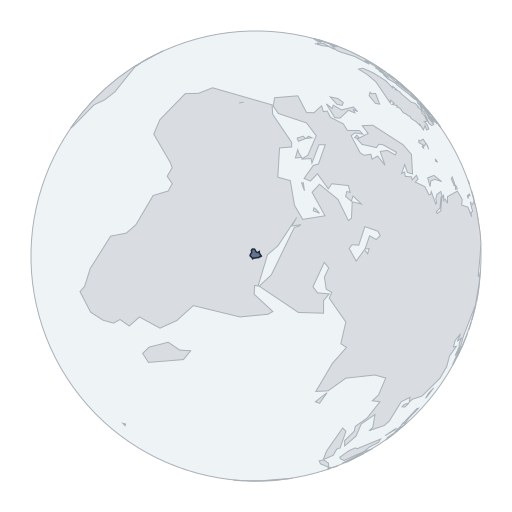 the Earth from above Kassala, rotated 60°
{"feature_id": "SDN-884", "entity_name": "Kassala", "entity_type": "State", "adm_level": 1, "iso_a3": "SDN", "parent_name": "Sudan", "parent_adm1": "", "projection": "orthographic", "projection_center": [36.251, 15.89], "detail": "fine", "context": "on_globe", "style": "filled", "palette": "slate", "viewbox_px": 512, "rotation_deg": 60, "n_neighbors": 0, "source": "natural_earth", "source_scale": "10m", "svg_char_len": 10155}
<svg xmlns="http://www.w3.org/2000/svg" viewBox="0 0 512 512"><g transform="rotate(60 256 256)"><circle cx="256" cy="256" r="225" fill="#eef3f6" stroke="#a8b0b8"/><path d="M197.4,38.5L196.7,38.7L191.8,40.1L194.8,39.3L199.6,38.0L202.6,37.4L202.1,37.8L195.7,39.3L195.0,39.4L192.8,40.1L189.8,40.9L191.0,40.7L183.3,43.0L190.1,41.4L183.3,43.8L178.4,45.3L180.0,44.2L176.7,45.1L197.4,38.5ZM140.1,62.8L141.5,62.1L150.0,57.3L152.3,56.2L160.7,52.3L158.1,54.1L151.1,58.2L144.1,61.8L140.8,64.0L146.5,62.0L132.4,70.9L121.4,81.1L117.8,83.6L112.8,85.1L115.4,80.8L108.9,85.4L111.8,84.0L102.9,91.6L100.9,93.8L100.6,94.6L103.5,92.6L100.2,95.8L96.1,97.7L99.0,94.8L100.3,94.0L101.4,92.3L99.4,94.0L112.2,82.6L125.8,72.2L140.1,62.8ZM31.8,233.9L31.5,242.7L31.3,253.5L31.0,258.4L31.6,262.4L31.7,266.2L37.5,281.5L43.3,296.1L45.1,309.3L44.1,320.6L52.2,349.6L52.5,352.6L45.6,336.5L40.0,320.1L35.7,303.2L32.7,286.0L31.1,268.7L30.8,251.3L31.8,233.9ZM161.5,51.7L161.1,52.0L159.7,52.5L161.5,51.7ZM165.5,49.9L164.3,50.3L166.0,49.5L166.7,49.3L165.5,49.9ZM166.6,49.6L169.2,48.1L172.3,46.9L177.6,45.0L166.6,49.6ZM201.4,37.5L196.2,38.9L201.0,37.6L201.4,37.5ZM225.9,32.7L225.1,32.9L219.3,33.8L214.8,34.5L217.6,34.2L203.7,36.9L206.3,36.3L225.9,32.7ZM298.2,34.7L296.3,34.3L298.2,34.7ZM204.1,37.1L205.6,36.6L212.1,35.3L210.4,36.1L208.8,36.2L204.1,37.1ZM234.5,31.7L234.5,31.8L236.3,31.6L225.7,32.8L227.3,32.6L234.5,31.7ZM207.1,36.7L209.3,36.6L205.8,37.6L203.1,37.5L207.1,36.7ZM214.6,34.7L217.6,34.2L215.3,34.7L214.6,34.7ZM194.5,42.0L196.1,41.0L199.7,40.2L194.5,42.0ZM210.4,36.5L211.6,36.2L213.2,35.8L213.9,36.0L210.4,36.5ZM226.4,32.9L225.5,33.2L230.8,32.4L231.0,32.6L223.8,33.5L227.0,33.3L221.2,34.1L226.4,32.9ZM219.4,35.4L210.4,37.2L206.6,39.0L203.4,39.7L210.0,36.8L219.4,35.4ZM221.0,34.5L219.2,35.1L216.1,35.5L215.3,35.2L221.0,34.5ZM233.7,32.6L235.2,31.9L236.7,31.8L233.7,32.6ZM218.9,35.8L221.1,35.4L219.0,35.9L218.9,35.8ZM229.9,33.4L230.2,33.1L231.9,33.0L229.9,33.4ZM225.2,35.0L222.3,35.5L221.6,35.2L225.2,35.0ZM227.8,34.2L230.1,34.1L223.2,34.9L227.7,34.1L227.8,34.2ZM231.4,33.3L232.5,33.1L231.0,33.5L231.4,33.3ZM229.3,36.0L220.7,37.0L219.3,36.3L227.8,35.3L229.3,36.0ZM347.0,49.9L348.8,50.7L356.2,54.2L357.0,54.6L357.5,54.9L367.4,61.5L384.5,73.6L384.1,71.8L389.2,74.8L408.2,90.5L429.1,116.4L436.1,123.5L440.1,129.0L441.9,133.4L436.2,125.4L433.2,123.6L429.7,118.8L430.6,124.3L425.6,117.7L428.8,125.9L433.4,130.5L434.4,127.6L439.3,138.3L447.1,146.1L453.9,157.9L460.3,182.3L458.2,192.3L459.2,196.4L455.4,193.3L454.8,203.0L465.6,223.1L466.9,229.9L463.8,245.5L462.9,240.6L452.7,232.2L454.1,248.9L462.0,259.4L464.8,274.2L460.2,271.5L456.9,258.6L453.2,255.2L451.9,240.9L444.3,221.6L439.5,227.6L437.6,219.3L426.5,204.6L418.3,212.9L406.7,239.3L408.8,261.0L403.2,271.9L387.2,243.5L380.4,223.3L374.4,226.4L358.1,211.2L329.2,213.7L325.4,208.6L319.9,211.8L308.5,207.3L302.7,199.0L295.7,200.1L311.1,222.1L318.7,221.1L325.4,211.6L328.3,219.7L339.3,226.1L326.1,247.5L283.7,268.3L280.0,252.2L250.4,208.5L251.6,203.5L251.5,203.0L251.1,202.0L247.9,210.0L243.0,201.5L258.2,232.0L260.6,245.3L283.1,269.3L280.8,271.9L288.2,276.7L312.5,269.2L312.5,274.6L300.8,300.3L267.6,335.1L272.3,356.9L270.5,375.2L250.6,387.4L253.2,400.8L243.0,405.5L242.9,412.9L235.2,420.5L222.0,427.3L198.8,426.2L196.7,419.7L184.0,405.9L166.1,371.9L171.3,356.9L168.9,344.4L152.2,314.9L155.8,299.5L151.5,292.4L142.5,293.0L137.6,284.4L132.2,283.5L99.3,283.6L89.9,271.1L80.0,236.1L86.4,224.4L88.6,209.5L133.2,166.5L141.6,170.7L175.4,168.3L179.4,170.6L174.2,181.6L198.6,197.7L207.9,188.6L231.3,197.3L247.6,197.3L255.7,176.1L228.9,175.6L225.6,165.2L248.0,156.7L271.6,158.3L271.0,154.4L257.2,145.6L263.7,138.7L252.5,142.0L256.2,146.0L249.3,148.6L245.5,145.2L248.0,142.7L241.2,140.8L231.3,154.3L234.0,159.8L215.5,161.7L218.3,171.4L212.9,175.6L206.2,161.1L207.6,155.9L194.3,140.4L191.1,145.8L203.5,161.1L199.1,159.7L194.8,168.3L194.7,160.7L182.0,143.7L166.0,145.7L143.8,165.4L134.8,166.1L128.2,160.8L138.2,139.7L157.1,140.5L160.9,134.1L158.7,124.1L164.6,125.5L166.1,121.9L173.3,122.1L185.2,114.3L192.9,114.1L199.1,103.7L203.9,102.5L198.8,108.8L199.4,113.5L218.6,114.2L222.8,112.1L225.3,105.6L230.2,107.1L230.2,100.7L242.0,98.9L227.6,96.2L230.2,89.5L238.1,84.9L236.4,82.5L223.4,90.2L220.6,93.8L222.3,97.5L212.3,108.4L205.3,109.9L206.0,97.6L196.3,98.8L201.1,89.5L233.2,73.0L245.8,70.6L263.2,79.4L259.4,83.1L251.2,81.5L257.3,88.7L257.5,85.3L261.7,86.9L265.2,81.8L268.2,82.7L266.3,76.7L270.5,77.3L271.6,81.1L280.4,75.1L289.5,75.6L290.0,73.9L287.9,72.0L300.9,74.4L300.7,73.1L296.3,71.7L293.1,68.4L292.5,63.7L297.0,64.8L297.8,66.6L306.4,72.6L307.9,77.9L309.7,77.9L309.4,73.6L299.0,66.3L297.3,63.2L302.9,66.2L300.7,64.9L301.3,63.7L306.1,63.8L300.3,60.5L300.5,49.2L309.9,49.1L314.8,52.4L319.7,48.0L329.8,49.6L325.8,48.1L325.5,45.9L322.3,45.3L320.4,44.5L318.1,40.4L321.1,40.8L315.5,38.8L313.5,38.2L311.0,37.6L307.0,36.6L327.3,42.3L347.0,49.9ZM116.6,189.7L115.1,194.1L116.6,189.7ZM296.0,171.5L310.5,171.8L304.8,158.9L309.9,158.2L306.2,154.3L304.4,158.0L295.3,147.5L301.8,143.7L300.5,138.3L295.6,138.0L285.0,147.0L298.0,161.6L294.3,167.1L296.0,171.5ZM103.2,91.4L103.4,91.4L102.4,92.9L101.4,93.4L103.2,91.4ZM106.8,93.7L101.4,98.9L104.5,95.3L102.1,96.6L105.7,91.2L116.3,84.7L110.8,88.4L106.8,93.7ZM113.5,82.9L110.0,86.6L113.4,82.9L113.5,82.9ZM166.8,103.7L168.7,106.1L165.1,110.0L155.4,112.1L160.6,106.3L166.8,103.7ZM172.3,108.8L175.7,97.0L181.8,95.8L177.8,98.4L181.5,98.8L176.0,103.1L178.6,114.3L175.6,118.6L159.4,119.0L166.3,116.2L164.0,113.7L172.3,108.8ZM173.4,74.7L175.0,71.2L186.3,73.0L183.6,76.2L173.7,77.9L171.2,75.3L173.4,74.7ZM175.6,47.2L175.4,46.9L177.2,46.3L178.8,46.1L175.6,47.2ZM195.0,41.6L178.1,48.5L177.0,48.3L168.4,53.3L162.3,55.0L168.1,51.5L156.9,57.0L159.8,54.6L152.5,58.6L166.1,50.7L168.2,49.2L168.2,50.1L173.7,48.4L176.7,47.3L186.8,43.3L194.1,40.0L200.7,38.5L203.5,38.3L202.8,38.8L198.7,39.5L200.6,39.7L194.2,41.2L195.0,41.6ZM232.1,45.3L227.6,44.4L230.5,48.0L224.0,48.3L224.8,48.8L219.6,50.2L214.6,52.9L211.8,52.8L211.1,53.9L207.6,55.2L205.7,56.8L200.1,57.4L197.2,59.6L196.2,58.6L192.7,62.4L192.8,59.9L188.3,61.7L190.6,63.2L165.2,65.1L154.5,68.9L145.5,73.7L146.8,69.6L156.0,62.9L168.7,56.2L178.8,53.5L177.5,52.6L182.0,51.1L181.1,52.5L185.1,49.6L188.6,48.9L199.9,44.9L203.5,41.9L207.7,40.7L208.0,41.5L212.0,39.8L215.4,40.7L218.5,39.9L225.0,40.4L223.7,43.1L227.3,42.1L232.4,42.8L232.1,45.3ZM230.9,36.2L230.9,38.5L227.4,40.0L217.6,38.6L214.3,39.1L208.0,39.0L213.2,36.9L214.6,37.1L217.1,36.8L214.4,37.5L218.5,36.8L220.4,37.1L224.1,36.7L223.1,37.5L230.9,36.2ZM184.8,166.7L188.1,167.4L193.4,167.2L190.8,172.9L184.8,166.7ZM175.9,155.1L179.0,154.6L177.9,161.9L174.5,161.4L175.9,155.1ZM181.6,148.4L179.2,154.0L178.5,150.7L181.6,148.4ZM201.8,108.2L205.1,107.6L205.1,109.1L202.8,111.4L201.8,108.2ZM239.2,58.3L237.2,57.0L238.4,56.5L238.4,52.8L243.2,52.6L245.0,54.8L239.2,58.3ZM250.7,179.7L245.4,183.8L243.2,181.7L245.4,180.7L250.7,179.7ZM216.2,178.4L223.7,181.4L215.5,180.0L216.2,178.4ZM244.4,57.5L243.8,56.0L246.5,56.9L244.4,57.5ZM246.7,52.4L250.0,53.1L243.7,52.2L246.7,52.4ZM336.4,452.9L337.5,454.3L334.2,455.0L336.4,452.9ZM309.4,370.6L294.4,402.3L283.7,402.9L281.5,394.1L286.8,375.1L299.3,369.1L305.4,360.0L309.4,370.6ZM476.4,299.7L476.9,299.3L476.7,300.4L476.4,299.7ZM476.0,297.6L477.0,296.4L475.4,300.1L476.0,297.6ZM477.3,295.9L478.2,292.4L478.7,290.1L478.3,292.3L477.3,295.9ZM475.1,298.7L468.3,304.1L465.0,303.7L466.3,299.4L471.7,296.8L475.1,298.7ZM466.0,299.5L460.2,292.5L448.3,266.9L452.7,265.7L464.3,279.1L463.6,282.6L467.2,288.8L466.0,299.5ZM478.0,272.0L477.2,282.0L474.0,284.2L472.2,284.1L471.1,272.8L471.8,266.0L473.4,265.0L476.8,239.6L478.6,243.1L478.2,253.3L479.4,260.4L478.0,272.0ZM409.9,262.8L415.3,274.6L411.9,277.5L409.9,262.8ZM476.0,223.2L476.1,234.1L475.3,220.4L476.0,223.2ZM474.3,211.0L475.4,215.4L473.9,211.7L474.3,211.0ZM461.2,202.6L459.6,204.9L458.6,201.8L459.9,197.1L461.2,202.6ZM459.0,168.0L462.9,177.1L464.0,180.4L461.3,175.5L459.0,168.0ZM284.4,58.0L279.0,62.8L278.4,67.1L283.0,70.5L274.2,68.3L275.2,61.6L284.4,58.0ZM298.1,49.9L294.0,47.7L297.2,47.8L298.6,48.3L298.1,49.9ZM294.6,49.2L286.9,48.3L285.6,46.6L291.9,47.6L294.6,49.2ZM265.6,51.8L263.7,53.1L261.5,52.2L265.6,51.8ZM438.8,387.7L443.5,380.9L453.2,363.8L453.5,363.5L459.2,351.2L466.7,335.7L458.9,353.9L449.6,371.2L438.8,387.7ZM480.0,261.6L480.2,267.0L481.0,261.5L480.4,268.3L480.2,277.0L479.7,281.2L480.1,271.6L479.1,283.1L478.7,283.7L479.1,274.6L479.9,262.3L480.2,256.8L481.2,251.7L480.0,261.6ZM480.2,235.8L478.9,229.3L478.9,233.5L478.0,220.2L479.5,228.6L480.2,235.8ZM477.5,219.7L477.5,223.5L476.8,216.1L477.5,219.7ZM476.9,221.2L475.8,215.9L476.4,215.8L476.9,221.2ZM477.7,219.4L475.9,210.0L477.1,215.0L477.7,219.4ZM472.7,204.4L475.8,211.3L473.7,210.0L468.6,192.9L469.1,191.4L472.7,204.4ZM444.2,132.8L441.4,128.7L440.4,126.9L442.7,130.2L444.2,132.8ZM437.1,122.0L439.2,125.2L442.4,131.0L443.7,132.3L448.5,140.2L444.0,134.2L438.4,124.8L436.9,121.9L432.2,115.8L428.7,111.4L437.1,122.0ZM426.4,108.6L422.3,104.1L420.9,102.5L426.4,108.6ZM416.2,97.7L419.7,101.3L407.9,89.6L408.0,89.7L416.2,97.7ZM405.1,87.1L404.5,86.6L385.8,72.5L381.9,69.8L396.3,79.8L396.5,80.0L401.1,83.7L405.0,87.1L405.1,87.1ZM300.5,35.2L298.2,34.7L299.7,35.0L300.5,35.2ZM318.7,44.2L316.3,43.2L318.1,43.2L318.7,44.2ZM310.6,40.6L310.2,41.2L308.8,40.0L310.6,40.6ZM309.6,42.9L309.2,41.2L312.3,43.5L309.6,42.9Z" fill="#d9dde1" stroke="#a8b0b8" stroke-width="1"/><path d="M258.6,253.9L258.6,254.0L258.6,254.4L258.7,254.5L258.4,254.8L258.3,255.2L258.1,255.7L257.9,256.2L257.8,256.4L257.6,256.6L257.4,257.4L257.4,257.6L257.3,257.8L257.2,258.0L257.0,258.5L256.7,258.9L256.7,259.0L256.7,259.4L256.8,260.1L256.8,260.3L256.6,260.3L255.3,260.3L255.0,260.4L253.2,261.0L252.8,261.0L252.6,260.9L251.7,259.9L251.2,258.7L251.0,258.3L250.8,258.1L250.7,258.0L250.4,257.8L249.8,257.5L249.4,257.3L248.8,257.2L248.3,256.0L248.2,255.7L248.4,255.2L249.3,253.9L249.5,253.8L252.2,253.8L252.5,253.8L252.8,253.7L253.1,253.5L253.4,253.3L253.6,253.1L253.8,252.7L253.8,252.2L253.8,250.9L255.1,251.6L255.3,251.7L258.7,251.4L258.7,251.5L258.8,251.6L258.7,251.8L258.8,252.0L258.8,252.3L258.8,252.6L258.7,252.8L258.5,253.0L258.4,253.1L258.4,253.3L258.4,253.5L258.5,253.8L258.6,253.9Z" fill="#64748b" stroke="#1e293b" stroke-width="1.5"/></g></svg>